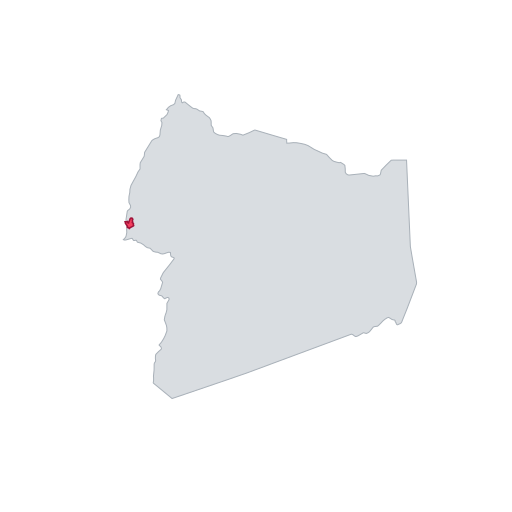 Aïn Témouchent on a map of Algeria (Albers equal-area conic projection), rotated 305°
{"feature_id": "DZA-2144", "entity_name": "Aïn Témouchent", "entity_type": "Province", "adm_level": 1, "iso_a3": "DZA", "parent_name": "Algeria", "parent_adm1": "", "projection": "albers", "projection_center": [-1.072, 35.355], "detail": "fine", "context": "in_parent", "style": "filled", "palette": "rose", "viewbox_px": 512, "rotation_deg": 305, "n_neighbors": 0, "source": "natural_earth", "source_scale": "10m", "svg_char_len": 4827}
<svg xmlns="http://www.w3.org/2000/svg" viewBox="0 0 512 512"><g transform="rotate(305 256 256)"><path d="M343.6,99.7L344.0,100.6L344.1,101.4L342.9,102.4L342.1,102.9L341.2,105.2L339.4,106.9L339.2,107.4L339.2,107.8L340.6,108.4L341.1,109.0L341.4,109.8L341.1,113.0L340.8,118.6L340.9,119.8L341.5,121.2L342.1,122.2L342.4,123.5L342.5,126.6L343.3,128.3L343.9,129.9L343.0,132.1L342.7,134.0L342.6,136.6L342.6,138.3L342.0,139.9L341.2,141.4L340.1,142.4L338.8,143.3L337.3,144.4L336.3,147.2L333.7,149.7L333.2,150.5L333.1,152.4L333.4,154.8L334.0,156.8L335.6,159.6L337.1,162.7L337.6,164.3L338.1,164.9L339.8,165.8L342.8,167.0L343.4,167.5L345.1,169.6L346.8,173.4L347.5,176.0L353.0,179.6L358.3,182.6L358.7,183.2L362.6,194.9L364.0,199.1L369.1,214.2L367.7,215.2L366.1,216.5L367.6,218.5L370.3,221.6L372.0,224.2L372.6,225.4L374.1,228.6L375.4,231.8L375.7,232.9L376.3,235.4L376.7,242.4L378.3,251.2L379.7,255.5L378.7,259.7L378.0,263.6L378.2,265.5L379.2,268.4L380.1,270.6L381.2,271.6L381.4,275.4L381.2,276.8L378.7,279.0L375.8,281.1L375.1,282.7L375.1,284.4L375.6,285.7L385.7,297.3L386.1,298.6L386.7,302.1L388.6,306.3L390.4,308.1L391.2,309.5L392.4,310.4L393.6,311.0L394.3,311.0L398.1,309.4L405.1,310.5L411.8,311.8L412.3,312.1L416.8,318.4L420.9,324.3L352.3,377.0L344.7,384.5L326.6,402.6L325.1,403.5L299.7,409.9L286.4,413.0L285.8,413.2L285.0,413.3L284.5,413.3L283.3,412.9L281.9,412.0L280.9,411.5L280.6,410.7L281.1,409.6L281.8,408.7L282.0,407.9L282.4,407.3L283.0,406.9L283.0,406.2L282.5,405.2L282.0,403.7L281.9,401.1L281.8,399.9L280.6,398.9L278.2,397.9L276.0,397.3L275.0,397.1L272.7,396.8L269.4,396.2L268.2,395.8L266.0,393.4L265.0,392.8L260.1,392.5L258.4,392.2L257.1,391.6L255.9,390.9L255.3,389.5L255.0,388.4L254.6,387.9L249.2,385.4L247.8,384.5L247.1,383.7L247.0,382.4L247.1,380.9L246.9,379.5L246.6,378.9L154.5,315.3L149.7,311.8L138.9,304.0L91.1,269.0L92.9,246.1L93.0,244.9L93.4,244.4L95.0,243.7L97.6,241.9L98.5,241.1L99.7,240.4L104.0,238.0L104.9,237.4L109.0,234.6L110.0,234.2L112.1,234.1L113.0,233.6L114.3,232.4L116.1,231.2L117.3,230.6L117.5,230.5L118.3,230.4L121.9,231.0L123.4,231.4L125.2,231.8L125.8,231.7L126.3,231.3L127.0,230.3L127.2,229.2L127.3,228.2L127.4,227.8L127.8,227.6L128.6,227.7L129.6,227.9L131.8,228.0L132.5,227.9L135.0,227.8L138.5,227.3L143.5,226.0L145.9,224.3L147.7,222.5L149.6,219.8L151.1,217.5L154.0,216.1L156.4,215.3L157.8,215.0L160.9,213.8L166.1,210.2L170.3,209.8L170.9,209.5L171.5,208.9L171.6,207.7L170.9,206.9L170.0,206.5L169.4,206.0L168.8,205.9L168.5,205.4L168.7,204.4L168.8,203.5L169.2,202.6L169.2,201.2L168.6,199.9L168.4,199.0L168.5,198.1L168.8,197.3L169.7,196.9L170.7,196.7L172.1,197.0L174.6,196.7L180.9,194.6L181.3,193.9L181.8,192.4L182.2,191.0L182.9,190.6L183.2,190.5L188.3,189.7L189.4,189.6L198.7,190.2L206.7,190.5L207.4,190.2L207.4,189.2L206.9,187.3L207.2,186.2L208.3,185.1L209.8,183.9L209.1,182.4L208.0,181.5L206.4,180.3L205.6,179.8L204.1,178.4L203.3,176.8L202.7,173.4L201.6,171.5L200.8,169.1L201.6,164.8L200.5,162.2L200.4,161.1L200.4,159.7L200.7,157.4L200.5,154.2L199.3,150.9L199.9,149.7L200.2,149.1L200.1,148.6L199.0,147.6L198.5,146.7L198.8,145.9L199.4,144.7L199.3,144.2L197.6,142.7L194.6,140.3L193.7,139.3L193.3,138.0L196.2,138.4L197.7,138.2L201.1,136.7L203.8,134.6L205.9,133.6L207.8,131.3L209.4,129.8L211.9,128.3L218.8,124.9L219.8,124.9L222.1,125.6L224.1,125.3L225.4,124.2L226.9,121.3L229.1,119.6L231.9,117.8L235.8,116.1L238.3,114.5L242.2,113.1L252.2,112.0L257.3,111.1L260.8,111.1L264.3,108.6L266.0,107.7L273.6,107.2L277.1,105.3L290.7,104.5L292.4,105.0L294.1,105.9L297.0,108.0L298.5,108.4L300.2,107.8L304.3,105.4L308.9,103.9L311.4,102.4L312.3,100.5L314.5,99.6L315.8,101.0L320.8,102.0L323.7,101.4L325.0,100.8L324.4,98.7L327.6,99.0L330.1,99.9L332.8,101.7L334.5,102.0L337.4,100.8L343.6,99.7Z" fill="#d9dde1" stroke="#a8b0b8" stroke-width="1"/><path d="M205.6,134.3L206.0,133.8L206.2,133.7L206.5,133.6L206.7,133.3L206.9,133.1L207.0,132.8L207.2,131.9L207.3,131.6L207.5,131.4L208.0,130.1L208.1,129.9L208.3,129.8L208.6,129.8L208.7,129.7L209.0,129.2L209.6,130.1L210.1,130.5L210.5,130.7L210.6,130.8L210.5,131.1L210.4,131.2L209.9,131.6L209.8,131.8L209.7,132.0L209.7,132.3L209.7,132.5L209.9,132.7L210.0,132.7L210.2,132.2L210.3,132.0L210.6,132.0L210.9,132.2L211.1,132.3L211.3,132.3L214.4,131.5L214.7,131.5L215.1,131.6L215.3,131.9L215.9,132.5L215.9,132.8L215.9,133.0L215.6,133.2L215.5,133.3L215.5,133.5L215.6,133.9L215.4,134.1L214.2,134.4L214.0,134.5L213.5,135.1L213.3,135.3L213.1,135.3L212.9,135.3L212.5,135.4L212.4,135.5L212.3,135.9L212.4,136.1L212.5,136.4L212.4,136.8L212.2,137.1L212.0,137.3L211.8,137.3L211.6,137.4L211.3,137.5L211.1,137.7L210.7,138.4L210.0,138.2L206.8,136.5L206.7,136.5L206.4,136.6L206.2,136.6L205.9,136.6L205.8,136.4L205.8,136.2L206.0,135.9L206.1,135.7L206.1,135.3L206.1,135.1L206.1,134.9L206.0,134.7L205.9,134.6L205.7,134.6L205.6,134.4L205.6,134.3Z" fill="#f43f5e" stroke="#9f1239" stroke-width="1.5"/></g></svg>